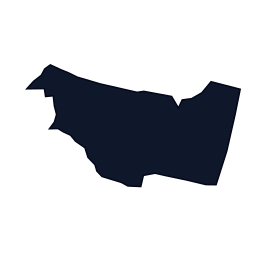 outline of Araricá, Rio Grande do Sul, Brazil, rotated 98°
{"feature_id": "56859067B79934571610065", "entity_name": "Araricá", "entity_type": "district", "adm_level": 2, "iso_a3": "BRA", "parent_name": "Brazil", "parent_adm1": "Rio Grande do Sul", "projection": "orthographic", "projection_center": [-50.935, -29.642], "detail": "fine", "context": "isolated", "style": "filled", "palette": "ink", "viewbox_px": 256, "rotation_deg": 98, "n_neighbors": 0, "source": "geoboundaries", "source_scale": "gbopen_adm2", "svg_char_len": 703}
<svg xmlns="http://www.w3.org/2000/svg" viewBox="0 0 256 256"><g transform="rotate(98 128 128)"><path d="M100.5,23.9L74.0,22.3L70.6,52.2L82.9,59.8L90.1,69.1L92.6,78.2L101.1,80.9L90.7,89.2L89.5,117.4L91.4,124.0L88.2,161.7L84.7,185.3L81.9,193.8L79.5,203.1L76.3,213.7L81.1,218.7L87.9,221.2L94.8,227.9L103.3,233.7L100.6,216.3L108.3,214.0L106.5,206.5L116.3,204.0L124.6,200.6L132.4,201.7L139.7,205.7L138.3,197.3L140.9,191.2L143.1,183.9L148.4,178.1L153.5,167.9L162.7,163.5L168.9,155.6L175.0,152.8L179.6,147.0L181.0,138.2L182.8,126.9L185.4,120.1L184.2,107.2L172.8,106.2L169.0,94.9L169.9,84.0L171.3,62.9L173.2,43.0L171.9,32.9L137.1,27.0L100.5,23.9Z" fill="#0f172a" stroke="#020617" stroke-width="1.5"/></g></svg>